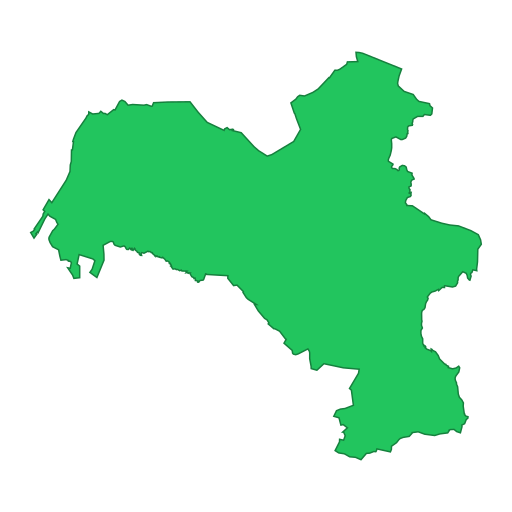 outline of Lūznavas pag., Rezeknes, Latvia
{"feature_id": "27541924B86453491485354", "entity_name": "Lūznavas pag.", "entity_type": "district", "adm_level": 2, "iso_a3": "LVA", "parent_name": "Latvia", "parent_adm1": "Rezeknes", "projection": "albers", "projection_center": [27.295, 56.354], "detail": "fine", "context": "isolated", "style": "filled", "palette": "green", "viewbox_px": 512, "rotation_deg": 0, "n_neighbors": 0, "source": "geoboundaries", "source_scale": "gbopen_adm2", "svg_char_len": 6041}
<svg xmlns="http://www.w3.org/2000/svg" viewBox="0 0 512 512"><path d="M476.8,270.7L476.6,269.1L477.5,261.9L477.8,249.2L481.3,244.3L480.6,239.9L478.3,234.7L470.8,230.6L458.5,225.9L449.8,225.0L441.7,223.2L431.0,219.8L428.6,216.6L424.6,213.3L424.4,213.9L412.4,205.8L406.8,205.5L406.8,204.6L405.4,202.9L405.7,200.6L407.4,197.5L410.4,196.5L411.1,195.3L410.9,194.0L411.1,192.7L409.9,193.4L409.1,193.0L410.1,191.2L409.7,190.4L410.0,189.5L409.1,188.6L408.9,187.0L411.1,185.9L411.2,184.2L410.8,182.2L411.1,181.3L412.0,179.9L414.1,179.1L414.0,178.4L411.9,175.0L412.1,173.2L407.6,171.5L406.8,169.9L406.2,167.1L404.6,165.8L402.3,165.4L399.6,167.0L399.2,168.2L399.3,169.9L398.5,170.6L397.8,170.6L396.9,169.5L395.0,168.6L392.5,168.5L391.6,167.5L391.6,166.5L392.9,164.8L393.0,164.1L388.4,161.3L388.3,159.8L388.8,158.2L390.2,155.1L391.3,150.5L391.7,147.8L391.7,143.7L391.3,139.8L391.8,138.5L395.9,136.9L400.9,139.6L402.4,139.5L405.6,138.1L406.7,136.4L407.2,133.6L407.9,133.5L407.7,131.8L408.0,130.8L407.5,129.5L407.7,126.9L408.6,125.9L412.3,125.3L412.6,124.5L412.1,123.3L412.7,121.9L412.9,119.7L413.3,118.9L417.6,116.4L422.9,116.4L424.4,114.5L430.4,115.3L431.8,113.9L432.5,108.0L429.9,105.6L429.6,103.8L429.3,103.6L418.9,101.4L416.6,99.3L413.2,94.5L404.1,91.4L398.3,86.0L397.6,83.5L397.9,81.3L399.1,75.9L401.6,69.0L362.7,53.3L359.1,52.5L356.0,52.3L356.4,56.8L357.8,61.6L347.4,61.9L346.7,64.3L339.7,69.3L337.3,70.3L334.9,70.2L329.4,77.9L328.9,77.6L318.1,89.0L312.9,92.4L304.5,96.0L299.7,95.3L297.6,96.8L295.9,99.1L290.9,102.9L294.3,113.1L294.9,113.8L296.5,118.7L300.6,129.4L293.7,141.5L271.8,154.6L267.2,156.1L258.6,150.7L254.0,146.7L241.2,132.7L233.0,130.7L233.5,130.5L233.5,129.7L232.8,129.2L229.5,129.7L227.1,127.6L224.6,128.9L224.1,130.4L207.2,122.4L198.1,112.2L190.0,101.8L168.4,102.0L153.6,102.7L152.2,106.1L151.3,106.3L146.6,104.6L143.9,105.2L132.7,104.5L128.1,105.2L124.9,101.5L121.9,100.1L119.6,101.5L115.0,110.0L113.7,109.6L107.3,114.7L105.0,113.4L103.5,113.5L100.8,111.3L99.0,113.4L92.7,114.0L88.8,111.9L88.7,114.4L87.1,115.8L85.9,118.2L76.0,132.5L73.5,139.1L72.8,141.5L73.5,141.6L72.4,149.9L71.5,150.0L71.3,161.5L70.3,164.9L70.0,171.5L66.3,180.1L51.8,202.7L49.0,199.6L43.1,209.8L44.8,211.3L43.2,213.9L42.8,216.3L34.2,228.9L34.7,229.4L33.2,231.2L30.7,232.5L34.0,238.1L36.8,234.2L35.9,233.7L37.5,231.9L38.1,232.7L44.9,218.8L48.0,214.1L49.8,216.2L55.6,219.4L56.8,222.4L58.0,224.3L54.2,229.4L52.7,230.7L49.1,237.2L48.9,238.3L49.0,239.7L50.1,242.6L52.6,246.7L58.6,249.8L59.8,255.9L60.9,260.2L66.1,259.6L68.5,260.5L68.4,261.1L70.5,261.5L71.4,262.7L70.2,268.3L67.7,267.8L72.6,275.1L73.9,278.4L79.7,277.7L79.7,266.1L77.1,264.0L79.1,254.6L92.8,258.9L94.9,260.7L92.1,269.3L89.9,272.4L96.9,277.5L104.0,260.2L103.9,254.0L103.1,245.3L110.2,241.5L112.2,241.4L113.2,241.9L114.1,244.3L115.1,245.3L120.3,247.0L124.0,245.9L125.3,246.9L126.1,248.6L126.8,249.4L128.3,249.5L129.5,248.1L130.9,249.5L131.0,248.4L132.1,248.3L132.4,250.0L133.0,250.4L134.5,248.3L135.1,249.1L135.2,250.0L137.0,251.4L137.5,252.4L139.1,252.7L139.2,254.0L140.3,255.3L141.6,255.4L141.0,253.5L141.8,252.6L144.0,253.2L148.0,251.2L148.7,251.7L150.4,251.6L151.3,252.7L152.3,252.7L152.7,253.7L154.3,255.0L154.7,255.9L155.7,255.8L155.9,256.6L157.1,256.0L158.2,257.0L159.3,256.7L159.6,257.3L162.1,257.9L162.7,257.3L165.0,259.4L166.2,261.2L167.3,260.9L169.1,261.9L169.3,263.2L169.9,263.0L170.5,263.8L170.3,264.3L171.2,265.0L171.4,265.8L170.8,266.1L171.6,266.6L171.5,267.0L173.0,269.1L175.2,268.8L176.3,269.6L177.8,269.5L179.7,270.7L181.3,270.1L181.9,271.0L186.3,271.1L185.8,271.4L186.6,272.0L186.1,272.7L187.5,272.4L187.6,272.9L188.3,273.3L188.8,272.8L190.4,273.0L190.0,273.6L191.8,276.7L193.5,277.5L194.1,278.6L195.0,278.1L195.6,279.9L195.4,280.5L197.9,281.0L197.7,282.1L198.7,282.2L200.0,280.5L203.1,280.1L203.6,279.6L205.9,273.2L206.0,274.4L227.9,275.7L227.8,278.3L233.6,285.6L237.0,285.1L243.4,291.6L243.0,292.4L246.3,297.6L248.1,299.3L256.3,304.5L254.5,304.5L258.3,310.9L264.6,318.4L267.0,319.8L268.9,322.9L268.2,323.9L273.9,328.8L275.0,328.8L279.6,331.2L285.3,338.7L286.2,339.3L284.0,343.2L292.2,350.4L292.6,353.2L293.4,354.1L295.7,354.7L298.2,353.9L307.9,348.9L309.3,351.1L309.7,352.8L309.7,358.7L311.1,366.3L311.2,368.6L316.9,370.2L323.9,363.7L343.3,367.8L359.2,369.2L358.5,373.3L349.5,388.5L351.4,390.1L353.4,405.3L345.0,408.5L340.4,409.1L336.5,410.7L333.8,416.3L339.0,417.8L340.9,425.1L343.2,424.6L347.4,427.8L342.7,432.1L343.7,432.2L345.2,435.8L343.6,440.2L339.6,439.3L339.5,441.9L335.1,450.6L338.7,452.9L344.4,453.8L349.7,456.8L355.5,457.3L361.0,459.7L366.4,453.4L369.8,453.1L373.8,451.5L375.8,451.7L376.4,450.8L376.9,448.9L390.4,451.9L391.4,449.4L391.5,446.2L396.5,442.7L398.9,439.6L400.2,438.5L403.1,437.4L409.2,436.4L412.1,433.2L412.1,432.6L418.2,431.8L424.7,434.2L434.7,435.5L439.9,433.9L447.7,432.9L449.3,430.5L449.1,430.2L450.1,429.6L454.0,429.4L456.7,431.6L460.4,432.8L462.0,426.7L461.8,425.1L464.6,423.7L466.2,419.6L467.9,418.1L468.0,416.7L466.1,416.2L465.0,415.3L464.7,414.0L464.3,413.9L463.2,406.1L463.4,402.9L461.7,399.8L459.4,397.3L458.3,394.1L457.6,386.7L456.5,384.2L456.5,382.8L455.5,380.7L455.1,378.9L455.2,377.5L455.9,375.9L458.8,372.0L459.7,367.8L458.7,366.2L456.1,368.0L452.6,368.8L448.2,367.6L448.5,366.3L446.3,365.3L445.8,364.3L444.7,364.1L439.6,359.0L438.2,355.5L435.5,351.8L432.2,350.1L432.1,349.5L431.2,349.0L431.4,351.4L430.6,350.6L426.7,349.1L425.1,347.7L425.8,347.0L425.1,345.9L423.9,346.0L423.7,345.2L424.3,344.6L423.5,345.0L422.7,343.4L422.7,338.8L421.5,336.4L420.9,333.6L420.9,330.5L422.4,328.0L421.5,325.4L421.5,323.4L422.0,321.2L421.7,319.8L421.6,313.4L421.8,311.8L422.4,310.3L423.9,309.4L425.0,307.7L425.6,303.7L426.5,301.6L427.5,300.3L428.1,298.3L427.3,297.0L430.2,293.2L431.9,292.0L435.1,291.1L438.3,289.4L438.7,290.6L442.1,287.4L444.5,287.5L444.4,286.0L444.7,285.7L452.5,287.0L455.6,286.1L457.6,282.8L457.5,281.2L458.1,279.9L458.1,277.7L458.6,276.4L462.8,271.7L466.2,273.3L467.2,275.5L467.6,278.0L469.3,280.0L469.9,280.2L471.1,276.1L470.5,274.4L470.7,273.3L471.9,272.5L472.9,269.8L476.8,270.7Z" fill="#22c55e" stroke="#15803d" stroke-width="1.5"/></svg>